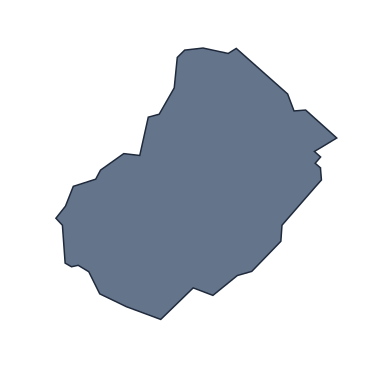 outline of White, Georgia, United States of America, rotated 221°
{"feature_id": "52423323B49409281283083", "entity_name": "White", "entity_type": "district", "adm_level": 2, "iso_a3": "USA", "parent_name": "United States of America", "parent_adm1": "Georgia", "projection": "orthographic", "projection_center": [-83.744, 34.653], "detail": "fine", "context": "isolated", "style": "filled", "palette": "slate", "viewbox_px": 384, "rotation_deg": 221, "n_neighbors": 0, "source": "geoboundaries", "source_scale": "gbopen_adm2", "svg_char_len": 651}
<svg xmlns="http://www.w3.org/2000/svg" viewBox="0 0 384 384"><g transform="rotate(221 192 192)"><path d="M108.4,127.7L103.0,158.7L94.8,171.3L92.6,213.1L102.3,226.0L102.3,276.7L102.2,286.0L110.4,294.0L110.7,294.5L117.9,294.5L117.9,302.8L126.2,302.9L118.2,327.7L160.0,328.4L168.2,320.1L184.1,328.7L252.8,329.4L255.6,320.3L278.1,307.9L290.6,294.3L291.4,283.9L273.7,258.9L267.8,229.2L274.1,219.8L255.4,185.3L268.7,176.2L275.4,148.5L273.1,138.5L285.3,118.4L278.2,98.3L277.5,82.9L268.0,81.9L241.1,55.1L233.9,56.5L229.8,62.0L217.6,64.1L194.8,54.6L166.2,62.4L132.0,75.3L128.2,120.4L108.4,127.7Z" fill="#64748b" stroke="#1e293b" stroke-width="1.5"/></g></svg>